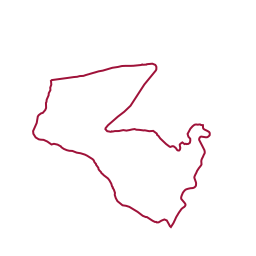 San Cristóbal Acasaguastlán, El Progreso, Guatemala, rotated 303°
{"feature_id": "79465075B13418311867324", "entity_name": "San Cristóbal Acasaguastlán", "entity_type": "district", "adm_level": 2, "iso_a3": "GTM", "parent_name": "Guatemala", "parent_adm1": "El Progreso", "projection": "mercator", "projection_center": [-89.866, 15.005], "detail": "fine", "context": "isolated", "style": "outline", "palette": "rose", "viewbox_px": 256, "rotation_deg": 303, "n_neighbors": 0, "source": "geoboundaries", "source_scale": "gbopen_adm2", "svg_char_len": 3391}
<svg xmlns="http://www.w3.org/2000/svg" viewBox="0 0 256 256"><g transform="rotate(303 128 128)"><path d="M171.2,189.3L170.3,187.7L170.2,186.4L168.8,184.7L168.0,183.1L166.9,182.0L164.6,181.2L161.4,180.7L155.5,181.2L153.6,183.4L152.9,186.0L151.4,187.1L149.4,187.9L147.6,187.3L146.4,185.9L146.3,185.1L145.3,184.2L145.5,181.4L143.2,180.5L142.1,180.5L140.6,181.9L139.8,182.7L138.2,183.3L137.1,183.2L136.4,182.3L136.3,181.3L137.3,178.8L137.5,176.3L136.9,175.1L135.2,173.8L135.0,173.1L135.3,168.7L136.8,160.7L138.0,157.7L138.1,156.1L139.0,155.2L139.3,150.7L136.9,147.6L135.2,143.3L134.5,142.5L132.6,138.5L131.1,135.9L130.7,134.1L129.1,132.3L126.8,130.1L126.1,129.3L125.0,128.2L123.7,125.2L120.5,122.0L118.2,118.6L116.6,117.0L116.4,116.2L115.5,115.8L114.0,112.3L114.7,109.7L115.6,109.3L119.4,109.7L132.0,113.3L139.6,116.0L148.0,118.0L173.4,118.0L191.3,120.0L192.4,119.9L194.0,119.0L195.0,118.2L195.8,116.5L195.2,113.4L191.8,109.1L191.3,109.0L189.0,105.9L189.0,105.3L188.0,104.7L183.1,98.6L181.5,96.3L179.0,92.4L176.7,89.2L175.7,88.2L173.7,86.3L170.0,82.1L162.4,75.6L159.6,72.6L149.7,64.0L147.4,62.2L145.3,59.3L143.2,57.4L141.2,54.8L137.1,50.1L126.7,38.0L125.5,37.7L124.9,38.3L122.5,40.1L119.5,40.8L117.5,42.3L114.0,42.6L112.2,43.6L107.4,44.4L105.5,45.4L104.4,45.5L100.2,48.4L98.0,48.8L94.3,48.3L92.9,47.1L90.1,46.1L88.5,46.1L82.5,48.7L73.7,50.1L71.6,51.8L69.8,55.7L69.9,59.3L70.6,61.0L72.1,63.7L72.7,67.7L72.5,72.8L74.4,74.5L75.7,78.0L76.0,81.8L75.6,82.5L75.5,85.5L76.1,88.8L76.9,91.1L78.5,93.9L79.4,98.4L81.0,102.0L82.2,106.3L82.5,108.8L82.6,115.3L82.2,116.9L81.0,118.6L80.4,120.8L79.8,121.2L78.5,124.7L77.3,125.9L76.8,127.3L76.3,129.4L75.7,130.3L75.5,132.2L75.2,133.2L74.8,138.6L74.0,140.9L72.2,144.3L70.3,146.5L70.0,147.6L69.3,148.0L68.7,149.6L66.5,152.4L64.7,153.3L62.5,156.0L60.9,159.0L60.2,165.5L61.7,168.8L62.6,172.1L62.9,181.7L62.4,188.2L63.0,191.4L63.6,192.3L63.6,199.1L63.9,201.8L64.6,202.8L64.5,203.6L65.6,205.1L68.5,206.5L71.1,208.3L71.6,210.9L69.6,214.7L68.5,216.6L68.3,217.9L70.9,217.9L71.7,217.9L72.6,217.9L73.8,217.8L75.1,217.6L76.8,217.4L78.5,217.1L79.2,217.0L80.8,216.9L82.0,216.9L83.4,216.8L84.7,216.8L86.0,216.8L87.2,216.9L88.0,216.9L88.5,216.9L89.4,217.0L90.7,217.4L91.7,217.8L92.3,218.1L93.2,218.3L94.1,218.3L94.8,218.1L95.3,217.7L95.7,217.1L96.2,215.7L97.4,211.7L97.6,211.2L98.5,210.5L99.5,210.1L100.7,209.8L101.8,209.6L103.4,209.3L104.2,209.3L105.5,209.4L106.8,209.6L107.7,209.9L108.3,210.3L109.1,210.9L110.1,211.8L110.8,212.5L111.5,213.2L112.9,215.0L113.6,215.6L114.5,216.1L115.4,216.3L116.1,216.4L116.8,216.3L117.7,215.8L118.3,215.5L119.1,214.9L119.5,214.5L120.1,213.7L120.9,212.7L121.7,211.6L122.3,210.9L122.9,210.4L124.1,210.1L126.0,209.8L126.8,209.8L128.6,209.5L129.6,209.3L130.4,209.3L132.9,209.3L133.8,209.4L134.9,209.5L136.6,209.6L137.4,209.5L138.0,209.1L140.0,207.6L140.6,207.3L141.3,207.0L141.8,206.9L142.9,206.7L144.3,206.6L146.0,206.3L146.6,206.2L147.4,206.1L148.2,206.1L148.9,205.9L149.7,205.4L150.2,205.0L151.0,204.2L153.4,200.1L156.7,194.3L157.4,193.7L158.6,193.4L159.1,193.4L160.1,193.6L160.7,194.1L161.1,195.0L162.5,198.1L163.0,198.9L163.3,199.3L163.8,199.7L164.6,200.0L165.2,200.2L165.7,200.3L166.4,200.4L167.2,200.0L167.7,199.7L168.3,199.2L168.6,198.8L168.8,198.2L168.8,197.6L168.8,196.5L168.6,194.6L168.4,193.3L168.4,192.7L168.4,192.1L168.5,191.6L168.8,191.1L169.2,190.7L170.6,189.7L171.2,189.3Z" fill="none" stroke="#9f1239" stroke-width="2"/></g></svg>